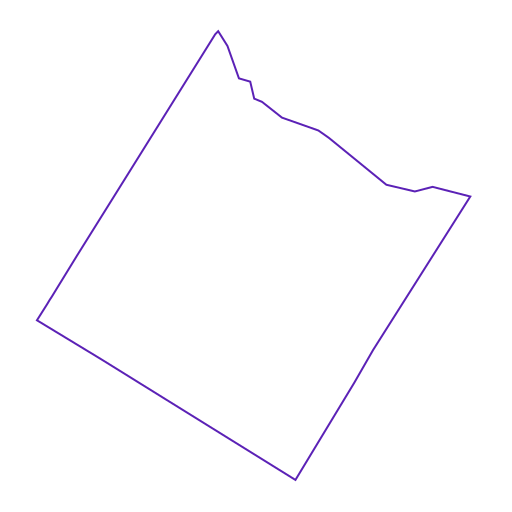 Richland, Wisconsin, United States of America, rotated 212°
{"feature_id": "52423323B47110038275791", "entity_name": "Richland", "entity_type": "district", "adm_level": 2, "iso_a3": "USA", "parent_name": "United States of America", "parent_adm1": "Wisconsin", "projection": "orthographic", "projection_center": [-90.361, 43.36], "detail": "fine", "context": "isolated", "style": "outline", "palette": "violet", "viewbox_px": 512, "rotation_deg": 212, "n_neighbors": 0, "source": "geoboundaries", "source_scale": "gbopen_adm2", "svg_char_len": 485}
<svg xmlns="http://www.w3.org/2000/svg" viewBox="0 0 512 512"><g transform="rotate(212 256 256)"><path d="M332.3,86.4L256.1,86.6L103.9,87.0L105.5,200.5L106.9,238.5L105.8,420.0L142.9,408.2L155.5,394.9L183.2,385.5L256.8,394.8L269.6,395.5L307.3,387.1L332.6,389.9L340.9,388.5L353.3,400.8L364.6,397.6L391.5,419.0L407.2,426.6L408.1,422.4L408.0,238.2L408.0,161.9L407.7,123.7L407.6,113.3L407.7,109.6L407.6,104.7L407.7,85.4L332.3,86.4Z" fill="none" stroke="#5b21b6" stroke-width="2"/></g></svg>